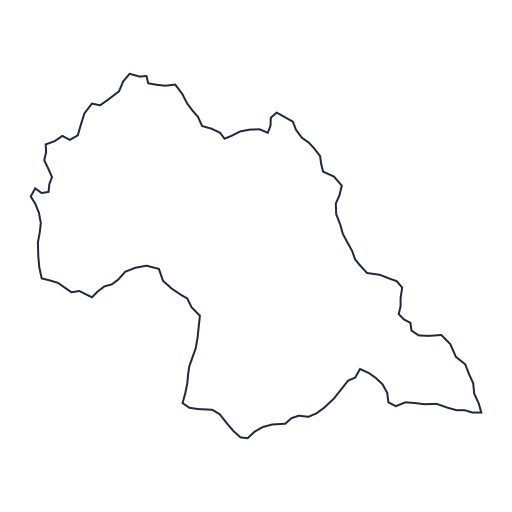 the district of Caetanópolis, Minas Gerais, Brazil
{"feature_id": "56859067B14008034033738", "entity_name": "Caetanópolis", "entity_type": "district", "adm_level": 2, "iso_a3": "BRA", "parent_name": "Brazil", "parent_adm1": "Minas Gerais", "projection": "albers", "projection_center": [-44.4, -19.341], "detail": "fine", "context": "isolated", "style": "outline", "palette": "slate", "viewbox_px": 512, "rotation_deg": 0, "n_neighbors": 0, "source": "geoboundaries", "source_scale": "gbopen_adm2", "svg_char_len": 2016}
<svg xmlns="http://www.w3.org/2000/svg" viewBox="0 0 512 512"><path d="M481.3,412.5L478.7,403.4L474.2,393.6L473.2,383.2L468.9,373.8L465.2,364.3L455.9,356.9L450.3,344.1L441.3,335.0L428.7,335.9L418.6,335.4L411.5,330.6L410.4,322.8L404.0,319.5L398.7,314.1L400.6,306.1L400.6,297.8L402.2,287.6L396.6,281.1L388.9,278.4L379.8,274.8L367.0,273.0L359.6,264.9L355.1,259.4L352.2,251.1L347.0,241.7L342.9,234.1L340.3,224.7L336.2,214.2L335.8,203.6L339.4,195.4L341.8,185.6L333.9,176.5L323.1,171.7L321.2,164.1L320.1,156.1L314.4,148.7L308.9,142.7L301.7,137.6L295.9,129.6L292.9,121.7L284.3,116.9L276.7,112.6L270.8,117.7L270.5,125.7L267.8,132.8L259.6,129.3L250.0,129.6L240.6,131.3L231.3,135.9L224.5,138.7L220.1,132.8L211.8,128.8L202.1,126.0L198.0,116.9L192.5,110.6L187.2,103.5L182.3,94.0L175.2,84.6L165.4,85.7L157.3,84.9L148.2,83.3L146.5,76.0L139.7,76.6L129.6,73.8L123.2,81.4L119.1,91.2L108.7,99.2L100.1,105.3L91.9,103.6L84.4,113.4L81.2,123.5L77.8,135.3L69.8,139.9L62.4,135.9L54.6,141.2L45.7,144.4L46.1,152.3L44.2,160.2L48.7,169.6L52.0,177.1L49.3,184.2L48.6,191.9L41.6,193.0L35.2,188.4L30.7,196.5L35.2,203.6L38.9,212.7L40.8,223.1L39.8,232.1L37.9,242.5L38.3,256.4L39.3,267.5L41.7,278.4L49.8,280.4L58.1,282.9L64.7,287.6L71.5,292.3L79.3,291.0L92.0,297.3L97.7,291.5L104.4,286.4L111.8,284.4L118.2,279.6L125.3,271.7L135.6,267.7L146.5,265.7L158.9,268.9L163.0,280.8L171.8,288.7L181.2,295.0L187.3,298.5L191.6,307.3L199.9,315.7L198.8,325.8L197.6,337.4L195.7,348.3L192.4,357.6L189.2,366.7L188.0,375.3L187.3,383.3L185.4,392.7L182.6,403.1L189.5,407.8L198.3,409.1L205.5,409.4L212.3,409.8L219.7,414.2L227.1,423.6L233.5,431.1L240.5,437.4L247.6,438.2L254.7,431.6L262.6,427.1L272.2,424.5L285.3,423.7L291.4,418.2L298.8,415.7L308.4,416.8L316.4,413.4L324.2,407.7L333.8,398.7L341.7,388.7L348.1,380.6L355.2,377.6L360.0,369.0L369.3,373.3L375.6,377.8L382.4,384.1L387.2,392.8L388.4,402.3L395.8,406.2L405.5,402.3L415.6,403.1L424.1,404.2L436.8,403.9L448.1,407.9L456.7,410.2L464.6,410.2L472.3,412.5L481.3,412.5Z" fill="none" stroke="#1e293b" stroke-width="2"/></svg>